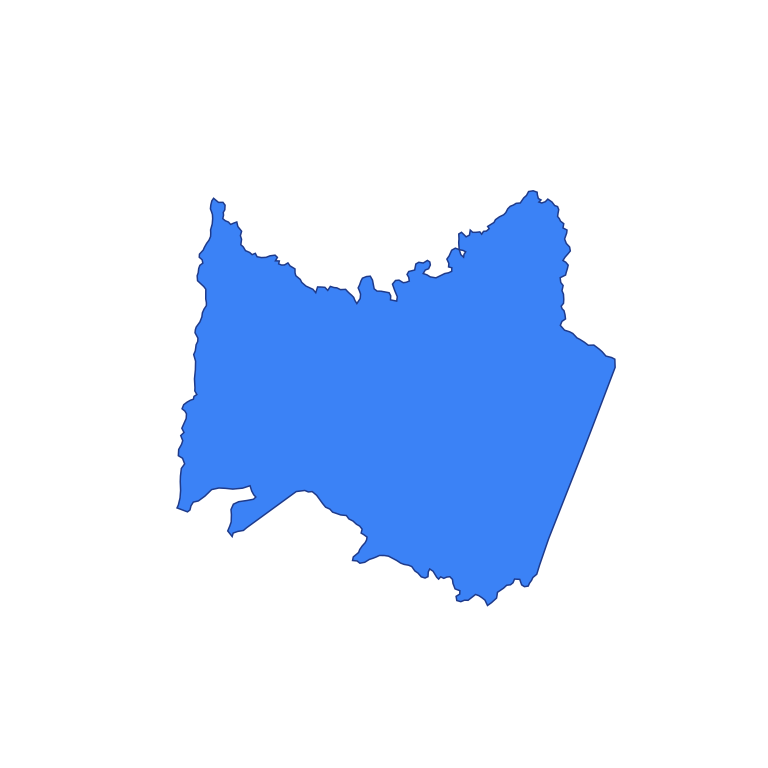 outline of Pontalina, Goiás, Brazil, rotated 58°
{"feature_id": "56859067B14800214283201", "entity_name": "Pontalina", "entity_type": "district", "adm_level": 2, "iso_a3": "BRA", "parent_name": "Brazil", "parent_adm1": "Goiás", "projection": "albers", "projection_center": [-49.587, -17.537], "detail": "fine", "context": "isolated", "style": "filled", "palette": "blue", "viewbox_px": 768, "rotation_deg": 58, "n_neighbors": 0, "source": "geoboundaries", "source_scale": "gbopen_adm2", "svg_char_len": 5139}
<svg xmlns="http://www.w3.org/2000/svg" viewBox="0 0 768 768"><g transform="rotate(58 384 384)"><path d="M523.2,499.4L525.0,494.8L525.0,489.4L526.0,485.4L526.6,482.0L527.0,478.7L529.7,474.5L532.4,471.4L540.3,466.8L544.7,464.8L547.6,462.6L550.7,459.2L553.5,457.2L558.9,456.9L562.3,455.4L567.3,454.6L570.3,452.0L570.7,448.8L566.8,446.0L565.1,443.3L568.8,441.6L575.7,441.7L578.4,441.1L577.6,438.1L580.5,436.3L581.0,433.1L582.3,430.3L586.0,429.5L589.7,431.2L595.4,432.3L599.5,429.2L602.3,431.1L602.3,435.4L606.2,437.0L609.3,434.2L610.0,430.3L612.0,427.3L611.0,417.9L613.8,415.7L617.6,414.0L620.8,412.9L626.7,413.6L626.4,408.7L625.2,402.0L623.2,400.2L620.8,398.2L620.5,390.8L619.7,386.6L621.3,383.1L620.9,379.9L618.6,376.7L621.6,372.4L624.5,373.1L627.3,373.7L630.3,372.3L631.8,368.8L630.0,366.1L628.7,362.9L627.0,360.3L626.3,355.3L619.9,347.9L605.8,330.5L604.1,328.4L602.1,325.9L546.3,250.5L530.5,229.5L492.4,179.2L485.3,175.1L482.2,176.9L477.9,181.0L472.2,181.9L468.5,183.0L462.2,185.4L459.4,190.2L454.8,191.9L449.7,194.4L447.2,195.9L441.2,197.1L438.1,198.9L434.0,202.4L427.7,203.4L425.2,199.9L425.0,195.6L421.2,193.8L417.2,192.5L414.6,193.1L411.9,192.5L410.7,189.0L407.5,186.7L402.9,184.2L399.2,183.6L395.4,179.9L391.6,180.3L387.2,178.3L387.8,172.3L385.9,170.3L383.3,167.3L380.8,164.8L377.1,165.3L374.1,166.8L372.4,163.3L371.1,159.0L369.9,155.5L366.2,154.0L361.4,154.9L356.7,154.0L352.8,149.1L350.4,147.2L346.5,149.5L343.3,146.6L339.5,148.0L336.7,147.7L333.9,148.0L331.4,145.9L328.7,143.4L325.5,142.8L323.1,144.7L318.7,145.1L314.0,147.1L314.9,150.6L314.1,154.3L311.8,156.2L311.1,153.3L308.5,154.8L304.9,153.7L302.5,152.5L299.2,155.1L297.4,159.4L299.6,163.2L300.2,166.8L301.4,169.6L302.7,172.5L300.8,176.2L300.8,179.4L300.2,182.8L301.0,186.2L303.2,189.9L303.9,192.8L303.4,197.6L303.7,202.4L305.3,205.1L305.3,209.2L305.3,212.6L308.0,212.5L308.6,216.1L307.3,218.7L308.7,221.8L305.8,222.1L304.3,225.3L302.4,228.4L299.2,229.3L303.0,232.6L302.7,236.4L299.9,237.0L296.4,237.9L296.4,241.1L300.8,243.6L303.5,245.6L306.8,247.4L309.9,249.0L306.6,251.5L306.4,255.7L309.9,260.9L311.4,264.5L316.1,265.1L318.9,267.2L321.4,264.9L324.3,266.9L323.9,270.3L322.5,274.0L322.1,278.0L321.5,283.7L317.7,288.0L314.2,289.7L311.1,292.2L309.2,288.6L309.9,285.1L307.6,281.6L304.8,280.5L302.2,281.7L302.2,286.6L299.2,290.0L299.1,293.4L303.6,297.6L301.7,303.4L303.3,306.4L306.6,306.5L310.1,308.0L309.5,311.3L308.3,314.0L303.9,316.2L302.3,319.4L303.8,323.9L310.5,325.4L317.1,326.5L320.4,329.3L316.1,333.9L312.8,331.6L309.3,331.3L306.7,334.1L303.7,337.4L301.6,340.6L298.1,341.9L294.7,340.6L289.8,338.7L285.3,338.5L283.6,341.9L282.8,346.2L284.3,348.8L287.1,352.3L288.8,355.0L291.6,355.4L295.3,356.2L298.9,358.9L301.4,364.4L297.7,364.4L294.5,363.8L291.6,364.4L289.0,365.2L286.2,365.9L283.4,366.4L280.9,370.9L277.5,373.0L275.7,375.3L272.8,377.8L274.8,382.1L270.7,382.9L268.7,385.6L266.5,388.9L270.4,393.5L266.0,394.1L262.5,396.4L259.6,398.3L254.3,399.9L250.9,399.6L245.4,401.4L242.5,400.5L239.2,398.5L234.0,401.1L230.4,401.3L230.3,405.3L228.9,407.8L226.3,409.7L224.2,407.6L222.0,410.8L220.1,407.3L217.0,408.1L214.9,412.7L214.1,416.9L211.8,421.0L208.8,424.2L205.0,423.9L204.4,427.3L201.3,428.2L197.5,430.8L193.2,430.7L190.0,431.6L185.8,428.1L182.1,427.2L179.0,423.8L173.0,424.5L168.6,423.0L167.9,426.2L167.4,429.5L164.2,430.1L161.4,432.1L158.3,433.1L155.8,430.6L153.3,429.4L151.9,426.7L148.1,424.0L144.6,424.3L142.3,428.1L136.2,430.1L137.4,432.9L140.4,436.0L143.5,438.4L146.6,439.0L149.4,439.7L153.0,441.7L157.3,444.9L161.4,449.4L164.1,450.9L167.0,452.9L169.3,456.2L170.7,459.8L173.0,464.0L174.6,466.3L176.1,471.7L178.6,473.5L182.3,472.4L185.5,473.6L185.8,477.3L187.9,480.0L191.2,482.6L193.2,485.1L197.6,487.4L202.5,486.1L205.8,485.2L209.2,484.9L212.5,487.0L217.4,490.1L220.9,491.5L223.4,493.1L225.1,496.9L227.4,500.3L230.6,502.9L233.8,507.2L236.2,513.1L238.0,515.2L240.4,517.1L246.5,517.5L249.2,519.4L251.2,522.6L253.3,524.3L256.0,526.6L258.2,529.8L264.8,531.7L272.1,536.5L279.2,542.0L287.0,546.3L289.6,548.1L293.8,548.3L293.8,551.7L295.9,553.7L295.2,556.6L295.0,560.7L295.4,564.8L298.0,568.4L301.5,567.2L304.6,567.3L308.4,570.0L314.4,578.9L319.1,579.3L320.0,583.7L325.4,584.7L327.9,587.7L330.7,592.8L335.8,596.4L340.2,594.2L346.1,595.4L348.2,600.6L354.2,605.4L358.8,608.5L366.5,612.9L372.6,617.4L377.6,622.5L379.4,625.2L388.3,618.4L388.0,615.3L385.0,612.2L383.1,608.3L384.8,603.4L384.2,595.3L382.2,586.1L384.7,579.1L388.5,573.7L393.0,567.9L397.4,559.1L399.3,551.5L404.6,552.9L408.9,553.2L411.9,552.6L412.6,555.7L410.3,561.6L406.8,569.6L406.1,575.4L409.4,580.3L413.9,582.6L420.0,586.7L422.7,590.0L425.8,594.4L432.9,593.6L430.5,590.9L431.5,586.2L433.7,580.8L433.1,576.7L428.7,515.4L432.3,507.6L435.4,505.4L437.2,501.9L442.7,500.1L446.8,499.8L452.9,499.4L457.5,498.8L461.4,496.2L465.4,495.5L468.6,492.9L472.1,490.1L475.6,485.6L479.8,485.3L483.8,482.9L488.3,481.7L491.6,479.9L495.5,479.5L498.3,482.4L501.0,481.0L504.8,479.5L507.0,481.4L508.6,484.1L509.8,488.3L511.5,492.3L513.4,494.8L514.4,501.7L517.0,504.2L519.8,500.6L523.2,499.4ZM309.9,249.0L312.7,246.1L315.2,244.7L316.4,247.4L318.6,249.3L315.0,250.3L309.9,249.0Z" fill="#3b82f6" stroke="#1e3a8a" stroke-width="1.5"/></g></svg>